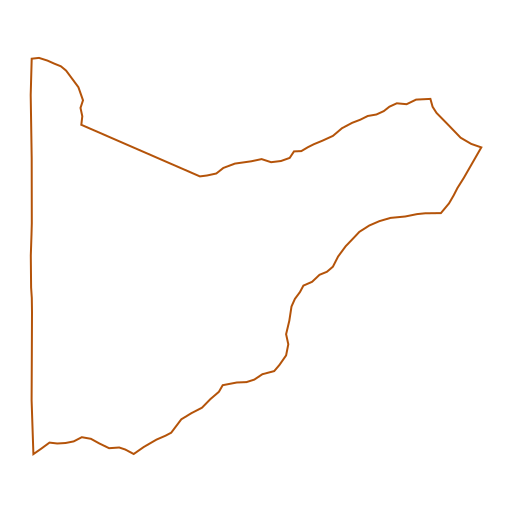 Floraí, Paraná, Brazil
{"feature_id": "56859067B79639289335634", "entity_name": "Floraí", "entity_type": "district", "adm_level": 2, "iso_a3": "BRA", "parent_name": "Brazil", "parent_adm1": "Paraná", "projection": "albers", "projection_center": [-52.327, -23.332], "detail": "fine", "context": "isolated", "style": "outline", "palette": "amber", "viewbox_px": 512, "rotation_deg": 0, "n_neighbors": 0, "source": "geoboundaries", "source_scale": "gbopen_adm2", "svg_char_len": 1430}
<svg xmlns="http://www.w3.org/2000/svg" viewBox="0 0 512 512"><path d="M430.4,98.9L416.1,99.6L406.6,104.2L396.8,103.3L389.4,106.7L383.8,111.1L376.4,114.5L367.7,116.0L360.3,119.7L352.2,122.8L342.0,128.2L332.9,135.9L322.4,140.7L313.9,144.2L307.9,147.2L301.3,151.1L294.0,151.4L289.7,157.9L281.0,161.0L271.1,162.2L261.6,159.1L251.2,161.3L242.7,162.5L234.9,163.6L223.4,167.9L216.3,173.5L207.0,175.5L199.9,176.4L81.3,124.8L82.3,116.3L80.5,107.9L83.0,100.3L78.4,87.2L66.1,70.6L60.9,66.3L54.2,63.6L47.5,60.6L39.0,57.9L31.7,58.7L30.7,95.0L31.7,158.7L31.8,223.3L31.5,234.5L30.8,255.5L31.1,287.5L31.8,297.9L32.0,312.3L31.8,359.7L31.6,400.2L33.4,454.1L41.2,448.7L49.5,442.6L57.3,443.5L65.6,443.0L73.7,441.4L81.8,437.2L90.9,438.8L99.4,443.5L109.1,448.2L119.2,447.5L125.2,449.5L133.7,454.0L143.9,446.9L156.5,439.6L165.5,435.7L171.2,432.7L181.3,419.3L191.5,413.1L202.0,407.7L210.4,399.1L218.9,391.8L222.7,385.2L236.8,382.5L246.5,382.1L254.3,379.6L262.4,374.2L274.2,371.1L279.4,365.0L286.1,355.4L288.3,344.3L286.1,334.2L289.3,320.8L291.5,306.5L294.9,298.9L300.0,292.0L303.4,285.6L312.1,281.8L319.5,274.8L326.9,271.8L332.9,266.7L338.1,256.5L345.7,246.2L353.1,238.5L359.4,231.8L369.3,225.5L379.5,221.1L390.5,217.9L405.2,216.5L417.1,214.1L425.0,213.3L440.9,213.1L449.0,203.4L453.6,195.5L457.5,187.9L463.8,177.9L481.3,147.4L471.2,143.9L460.6,137.7L447.4,124.0L436.5,112.9L432.6,106.8L430.4,98.9Z" fill="none" stroke="#b45309" stroke-width="2"/></svg>